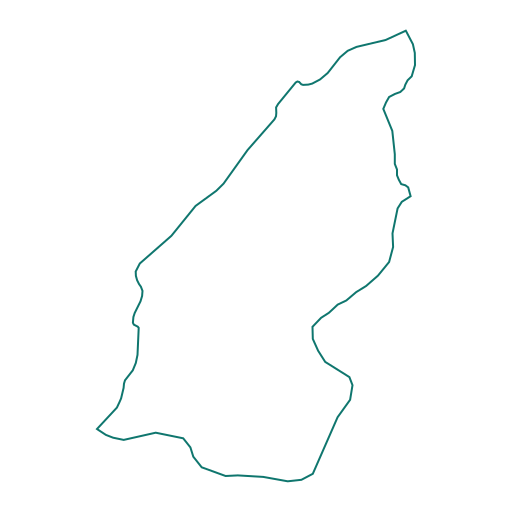 outline of Doukkala - Abda
{"feature_id": "MAR-1457", "entity_name": "Doukkala - Abda", "entity_type": "Region", "adm_level": 1, "iso_a3": "MAR", "parent_name": "Morocco", "parent_adm1": "", "projection": "natural_earth1", "projection_center": [-8.625, 32.606], "detail": "fine", "context": "isolated", "style": "outline", "palette": "teal", "viewbox_px": 512, "rotation_deg": 0, "n_neighbors": 0, "source": "natural_earth", "source_scale": "10m", "svg_char_len": 1395}
<svg xmlns="http://www.w3.org/2000/svg" viewBox="0 0 512 512"><path d="M97.0,429.0L116.9,407.6L119.4,402.3L121.1,398.4L123.6,387.9L124.0,383.6L125.0,380.3L132.8,370.3L135.8,363.0L137.5,354.9L138.7,327.9L137.8,326.7L133.8,324.6L132.9,322.7L133.4,317.0L134.7,313.0L140.5,301.3L142.1,296.0L142.5,290.9L140.9,286.7L139.0,284.0L137.1,280.2L135.9,275.9L135.7,271.5L139.8,263.5L171.4,235.8L195.6,205.9L216.3,190.8L223.5,183.7L247.6,150.0L274.4,119.4L276.0,116.3L276.3,113.0L276.1,107.4L278.1,104.0L295.7,82.5L297.4,81.5L299.2,82.0L301.3,84.3L303.1,84.9L308.3,84.6L312.2,83.6L320.0,79.5L327.7,73.0L340.1,57.2L347.7,50.8L356.5,46.9L385.6,40.0L405.8,30.7L406.1,31.2L412.9,44.2L414.8,52.9L415.0,65.1L411.7,76.3L407.6,80.3L405.3,84.7L404.1,88.4L400.3,92.0L394.8,94.0L389.1,97.0L386.0,102.5L383.3,108.9L392.3,130.9L394.8,154.2L394.8,163.9L397.0,169.5L397.0,175.3L398.8,179.7L401.2,184.1L405.4,185.3L408.2,187.4L410.6,196.2L401.8,201.8L397.6,208.4L392.5,233.4L393.1,247.0L389.1,262.0L378.0,275.6L366.1,286.0L356.2,292.1L346.3,300.5L337.7,304.6L328.9,312.8L321.1,317.8L312.5,326.8L312.8,338.9L318.1,350.7L325.2,361.9L349.4,377.1L352.5,385.2L350.1,399.8L337.6,417.2L312.8,473.8L301.4,479.8L287.7,481.3L263.2,476.9L237.8,475.4L225.6,476.0L201.7,467.3L193.3,456.7L190.4,447.4L183.2,438.3L155.7,432.7L123.7,439.9L113.1,437.7L105.9,434.9L97.7,429.5L97.0,429.0Z" fill="none" stroke="#0f766e" stroke-width="2"/></svg>